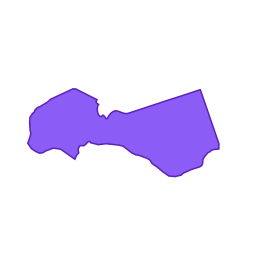 Kilimanjaro, orthographic projection, rotated 306°
{"feature_id": "TZA-3393", "entity_name": "Kilimanjaro", "entity_type": "Region", "adm_level": 1, "iso_a3": "TZA", "parent_name": "United Republic of Tanzania", "parent_adm1": "", "projection": "orthographic", "projection_center": [37.535, -3.747], "detail": "fine", "context": "isolated", "style": "filled", "palette": "violet", "viewbox_px": 256, "rotation_deg": 306, "n_neighbors": 0, "source": "natural_earth", "source_scale": "10m", "svg_char_len": 1416}
<svg xmlns="http://www.w3.org/2000/svg" viewBox="0 0 256 256"><g transform="rotate(306 128 128)"><path d="M106.2,48.7L119.5,56.1L127.4,60.5L128.9,62.9L130.6,73.3L130.8,74.6L132.7,86.4L131.0,86.5L130.0,87.3L129.7,88.7L129.8,90.4L128.0,90.5L125.7,91.7L123.6,93.4L122.2,95.0L121.7,95.8L121.3,96.9L121.0,98.0L121.2,99.1L121.8,99.8L123.4,100.0L123.9,100.7L123.5,102.3L122.8,104.2L123.0,105.5L127.6,105.3L129.7,105.4L131.7,106.0L133.5,106.8L134.9,108.1L135.6,109.6L137.3,115.5L138.2,117.5L139.6,119.2L144.8,123.0L153.0,128.9L161.2,134.8L169.4,140.7L177.6,146.6L185.7,152.6L193.9,158.5L201.5,163.9L201.5,164.0L168.7,210.8L164.4,213.8L161.8,210.8L159.7,209.0L158.7,208.6L156.8,208.2L155.9,207.6L154.5,207.0L148.8,206.8L146.6,207.1L143.1,209.3L140.9,209.7L138.6,208.8L131.9,203.8L123.6,199.1L121.3,198.8L116.4,194.7L113.2,189.3L113.0,181.9L113.6,174.5L113.4,171.4L113.4,168.4L114.9,164.8L114.8,162.2L114.2,159.6L112.1,152.3L110.9,150.3L110.1,145.4L110.4,134.7L108.7,130.5L105.8,125.4L102.3,119.4L97.1,113.8L94.2,106.7L94.6,104.9L93.1,103.7L90.3,103.5L87.7,102.7L86.5,100.9L85.3,99.5L83.4,99.7L81.4,100.2L78.9,102.8L76.3,102.5L73.8,102.8L71.5,103.4L71.3,85.9L67.7,79.3L61.0,74.9L57.9,73.6L55.6,71.3L54.7,66.8L54.5,62.2L56.7,55.9L63.1,54.0L66.4,52.6L68.8,50.0L74.5,45.3L79.0,42.4L83.9,42.2L85.5,42.8L87.4,42.2L90.9,42.6L94.0,44.4L101.9,47.7L106.2,48.6L106.2,48.7Z" fill="#8b5cf6" stroke="#5b21b6" stroke-width="1.5"/></g></svg>